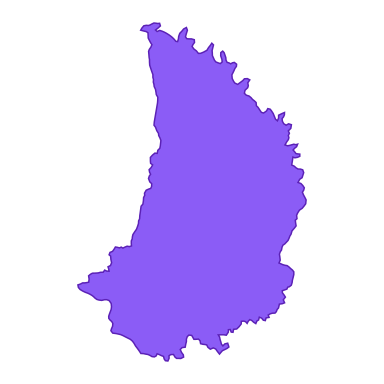 Campo Belo do Sul, Santa Catarina, Brazil (Natural Earth projection)
{"feature_id": "56859067B89266600210620", "entity_name": "Campo Belo do Sul", "entity_type": "district", "adm_level": 2, "iso_a3": "BRA", "parent_name": "Brazil", "parent_adm1": "Santa Catarina", "projection": "natural_earth1", "projection_center": [-50.775, -27.822], "detail": "fine", "context": "isolated", "style": "filled", "palette": "violet", "viewbox_px": 384, "rotation_deg": 0, "n_neighbors": 0, "source": "geoboundaries", "source_scale": "gbopen_adm2", "svg_char_len": 5731}
<svg xmlns="http://www.w3.org/2000/svg" viewBox="0 0 384 384"><path d="M306.1,199.9L304.9,197.5L303.5,194.9L302.4,192.2L303.7,190.2L304.3,187.8L302.8,185.5L300.9,183.5L298.0,182.5L299.7,179.3L302.1,177.7L303.0,174.8L303.7,172.6L302.7,169.8L300.5,169.1L298.0,169.0L296.0,167.8L294.3,166.2L291.7,165.0L292.4,160.8L292.9,157.1L294.9,157.8L297.6,157.3L299.8,156.3L299.8,154.1L297.8,153.9L296.0,153.6L294.6,151.7L293.1,150.0L294.7,148.2L296.6,146.7L297.6,144.2L295.8,144.7L293.8,144.2L292.1,144.7L289.9,145.3L287.6,145.8L285.0,144.9L286.7,141.9L288.3,139.7L288.9,137.7L288.3,135.5L289.4,133.3L288.3,130.9L290.8,128.4L291.4,124.7L288.6,123.8L286.1,125.2L283.7,123.7L282.4,121.3L282.1,118.6L283.5,116.9L284.4,114.8L284.5,112.5L281.7,113.7L278.6,115.2L278.6,118.0L277.4,120.8L275.5,119.2L274.5,116.7L273.2,113.5L271.5,110.9L270.2,109.2L267.8,108.6L266.5,111.0L263.6,113.0L261.4,112.4L259.9,110.2L258.0,107.3L256.4,105.8L256.1,102.5L254.3,100.8L252.5,99.4L251.0,97.6L249.0,96.0L246.3,95.2L244.4,93.3L245.0,90.3L247.7,87.7L248.3,85.7L247.8,82.8L249.8,79.9L247.4,78.6L244.4,78.8L242.8,80.6L240.5,82.3L237.7,84.4L234.9,83.1L233.7,81.5L232.2,78.5L231.9,74.8L232.9,72.9L233.9,70.8L234.9,68.5L236.4,66.4L236.6,64.2L234.3,62.4L232.5,62.8L230.7,63.8L228.8,62.8L227.1,62.4L226.0,60.1L225.8,57.6L225.0,55.2L224.1,52.6L222.7,51.1L220.8,52.6L220.7,55.8L221.9,59.4L222.2,61.9L220.3,63.6L218.0,62.8L215.8,61.9L214.4,60.1L213.4,57.8L212.4,55.6L212.3,52.8L212.1,50.6L212.8,47.7L213.5,44.9L211.8,43.2L210.3,45.4L208.6,47.5L206.9,50.3L203.6,52.1L200.7,53.3L198.4,53.4L196.4,50.9L193.9,49.0L192.1,46.5L193.0,44.5L194.5,42.5L194.3,39.7L191.5,38.9L188.9,38.9L186.8,38.7L185.5,36.9L186.2,34.1L187.4,30.2L186.4,27.5L183.6,29.0L182.1,30.9L179.8,33.3L178.7,36.3L178.4,38.9L177.6,41.6L175.8,41.3L174.3,39.4L172.4,37.5L170.8,36.2L168.9,34.8L166.3,33.2L164.2,32.1L162.4,31.3L159.7,30.4L157.1,31.5L155.5,30.0L158.0,28.1L160.4,25.9L159.6,23.3L157.8,23.5L155.9,23.2L153.9,23.0L152.0,23.9L150.2,24.9L148.4,25.5L146.3,25.3L143.8,25.8L141.8,28.2L140.7,30.2L143.7,31.0L146.3,31.6L148.0,32.8L148.1,35.2L148.2,38.0L149.5,40.6L150.6,42.7L151.9,44.6L150.9,47.1L149.3,49.4L148.6,51.4L148.9,54.5L149.1,57.3L149.5,59.6L149.5,62.0L149.7,65.2L150.8,68.6L151.7,71.3L152.9,74.6L152.9,77.4L153.5,79.6L153.3,82.1L153.9,84.2L154.2,86.6L155.5,89.4L156.0,92.3L156.3,94.6L157.8,97.2L157.7,100.5L157.5,103.0L155.7,113.6L154.3,121.8L154.0,125.2L155.5,127.2L156.8,130.7L158.5,133.4L158.7,135.5L160.0,138.1L160.9,140.5L160.6,143.2L160.3,145.9L159.8,148.3L157.8,150.3L157.2,153.4L154.9,153.1L152.5,155.1L150.4,157.4L150.4,161.1L150.6,163.3L152.6,164.9L151.2,167.5L149.1,169.7L149.6,172.3L150.6,174.2L149.3,176.0L148.5,178.5L149.8,181.9L151.7,183.7L151.6,186.5L150.7,188.4L148.6,189.1L146.2,190.2L144.5,193.2L144.7,195.4L143.6,197.5L143.4,200.8L142.9,204.1L141.1,206.2L140.6,209.8L140.3,212.1L139.8,215.6L139.6,218.8L138.6,220.9L138.5,223.4L137.7,226.0L136.5,229.2L134.5,232.1L132.9,234.6L132.4,236.8L132.2,239.0L131.3,240.9L131.3,243.6L131.5,245.9L129.4,246.6L127.1,246.2L124.7,247.2L122.9,248.1L121.2,247.1L119.5,247.9L117.3,247.3L115.4,247.0L114.1,249.2L112.5,251.4L110.0,252.4L109.1,254.8L110.6,256.0L110.9,259.4L111.6,262.7L110.5,265.5L108.0,266.8L108.7,269.0L109.0,271.2L106.7,271.1L104.7,270.1L103.2,272.2L100.3,272.3L98.4,272.9L95.7,273.1L92.4,273.2L90.4,274.3L88.6,275.8L89.1,279.1L88.7,282.2L86.7,282.6L84.9,282.9L82.6,282.9L80.5,284.0L77.9,284.9L78.4,287.5L80.1,289.5L82.8,291.1L85.3,292.3L87.8,293.2L89.7,294.1L91.8,295.3L93.5,296.6L95.0,298.1L96.8,299.4L98.8,300.0L101.7,300.4L104.6,299.7L106.8,299.7L109.2,300.6L111.2,303.5L111.5,306.7L111.2,309.3L110.3,311.7L109.4,314.1L108.7,316.3L108.8,318.4L110.0,320.0L111.7,321.5L112.8,323.4L112.6,326.2L111.5,328.7L110.9,330.7L112.7,333.1L116.3,333.6L118.6,334.1L120.7,334.6L123.0,335.6L125.5,336.9L128.1,338.2L130.3,339.3L132.5,341.2L134.1,343.4L135.5,345.9L137.5,348.5L139.2,350.9L140.9,353.5L143.4,353.6L145.7,354.1L148.0,354.5L149.8,355.3L152.0,356.6L154.4,356.9L156.2,355.9L157.1,353.8L159.1,354.5L161.3,355.6L163.5,356.4L164.2,359.0L165.4,360.7L167.9,361.0L169.1,358.3L169.0,355.8L170.7,354.6L173.5,354.5L175.0,357.1L176.6,358.4L178.5,358.4L180.8,358.5L183.6,357.1L183.3,354.8L181.6,352.5L180.2,349.5L182.1,347.6L185.2,347.2L185.8,343.9L186.4,341.6L186.4,339.1L187.3,336.6L188.9,335.1L191.7,335.4L192.7,337.1L193.9,339.3L195.9,339.3L198.5,339.1L200.0,340.7L200.6,343.7L203.0,344.3L204.8,344.5L206.7,344.9L207.9,347.3L210.3,349.2L213.3,347.9L215.7,349.0L217.3,351.3L219.5,354.1L220.9,352.4L222.4,350.7L225.1,349.4L227.1,348.4L228.9,347.0L227.7,343.2L224.8,343.9L222.9,345.9L221.4,344.1L220.8,341.8L220.1,339.6L219.6,337.1L218.3,334.9L220.8,334.8L223.8,334.8L226.3,335.2L228.3,332.2L228.4,329.7L230.2,329.5L231.2,332.1L233.0,332.3L233.6,329.3L236.7,329.0L239.0,326.8L241.2,324.0L241.3,321.3L243.8,321.1L245.6,321.7L247.1,323.4L248.2,321.3L249.8,319.6L251.8,320.5L253.6,322.2L255.8,323.6L256.9,321.0L258.6,320.0L259.3,317.2L261.6,318.1L263.3,320.2L265.3,320.6L266.1,317.9L269.1,317.4L268.2,315.0L270.3,313.8L272.4,313.2L275.0,313.1L276.3,311.7L277.2,309.4L278.5,308.0L279.4,304.1L282.4,303.7L284.6,302.8L283.3,299.8L285.4,297.1L284.0,294.9L282.4,292.8L282.3,290.7L284.4,290.0L286.9,289.1L287.7,287.2L289.4,286.7L291.3,285.2L292.1,282.6L292.4,280.2L293.1,277.5L293.8,274.6L293.8,271.8L292.4,270.0L290.7,268.6L288.9,266.9L287.1,265.6L285.1,265.3L282.9,264.7L279.0,263.0L280.2,260.2L279.8,256.6L279.4,254.2L280.2,251.9L281.5,250.0L282.0,247.3L282.9,245.2L284.8,243.9L286.3,242.3L288.0,240.5L288.9,238.6L289.9,236.0L291.0,234.3L292.0,230.9L294.5,228.0L296.1,225.9L295.6,222.8L295.3,220.2L297.0,218.7L296.6,215.3L297.7,212.9L299.5,210.1L302.2,208.3L304.1,206.0L305.7,203.8L306.1,199.9Z" fill="#8b5cf6" stroke="#5b21b6" stroke-width="1.5"/></svg>